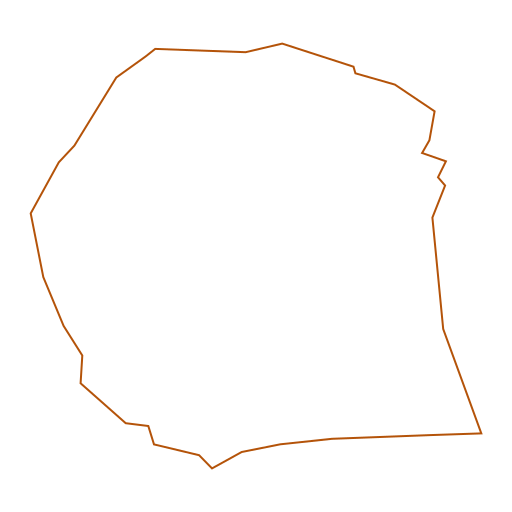 the district of Warren, Tennessee, United States of America
{"feature_id": "52423323B22334465624474", "entity_name": "Warren", "entity_type": "district", "adm_level": 2, "iso_a3": "USA", "parent_name": "United States of America", "parent_adm1": "Tennessee", "projection": "robinson", "projection_center": [-85.78, 35.677], "detail": "fine", "context": "isolated", "style": "outline", "palette": "amber", "viewbox_px": 512, "rotation_deg": 0, "n_neighbors": 0, "source": "geoboundaries", "source_scale": "gbopen_adm2", "svg_char_len": 519}
<svg xmlns="http://www.w3.org/2000/svg" viewBox="0 0 512 512"><path d="M43.3,277.1L63.6,325.9L82.3,355.5L80.6,383.3L125.7,423.2L148.3,426.0L154.0,444.4L199.1,455.2L212.0,468.4L241.7,452.0L280.3,444.3L332.0,438.8L430.3,435.1L481.3,433.4L443.2,329.0L432.4,217.6L445.1,185.5L438.0,177.3L445.9,161.3L422.1,153.0L429.4,140.3L434.6,111.3L394.9,84.6L355.4,73.3L353.5,66.7L282.2,43.6L245.6,52.2L155.2,48.9L145.7,56.4L116.3,77.5L74.4,145.6L58.8,162.3L30.7,213.4L43.3,277.1Z" fill="none" stroke="#b45309" stroke-width="2"/></svg>